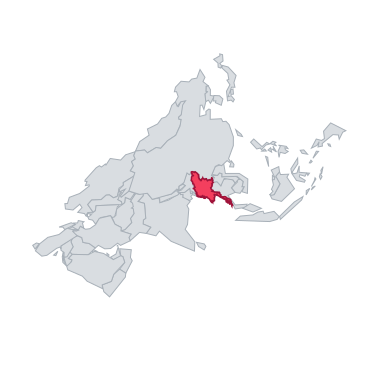 Myanmar highlighted on a map of Asia, rotated 312°
{"feature_id": "MMR", "entity_name": "Myanmar", "entity_type": "country or territory", "adm_level": 0, "iso_a3": "MMR", "parent_name": "Asia", "parent_adm1": "", "projection": "albers", "projection_center": [96.922, 19.196], "detail": "fine", "context": "in_parent", "style": "filled", "palette": "rose", "viewbox_px": 384, "rotation_deg": 312, "n_neighbors": 45, "source": "natural_earth", "source_scale": "50m", "svg_char_len": 18287}
<svg xmlns="http://www.w3.org/2000/svg" viewBox="0 0 384 384"><g transform="rotate(312 192 192)"><path d="M183.7,122.7L180.1,124.4L178.5,127.8L174.2,126.7L172.2,131.0L166.5,132.0L168.1,136.6L166.5,138.6L153.0,134.6L151.1,136.5L145.9,135.2L139.3,139.5L135.1,137.5L134.6,132.6L132.2,130.3L125.6,129.6L118.9,122.8L112.9,122.9L110.8,132.1L107.2,128.5L103.4,129.0L104.0,126.5L100.4,120.7L106.8,120.7L107.8,116.8L99.0,115.6L94.7,109.3L98.3,105.3L100.1,107.2L105.9,104.4L115.7,109.5L127.7,111.7L128.5,110.8L125.4,108.5L129.5,107.0L128.3,105.2L129.4,104.6L145.9,104.6L149.6,105.6L150.0,108.0L154.9,108.9L154.5,110.0L162.2,108.8L168.0,117.6L175.3,117.8L183.7,122.7Z" fill="#d9dde1" stroke="#a8b0b8" stroke-width="1"/><path d="M110.8,132.1L112.9,122.9L118.9,122.8L125.6,129.6L132.2,130.3L134.6,132.6L135.1,137.5L138.5,139.4L145.3,136.2L143.7,138.0L149.5,140.5L146.3,142.0L143.7,141.4L144.1,139.5L140.9,139.6L138.6,142.5L136.7,142.0L137.7,146.0L135.9,148.5L117.7,129.9L113.4,132.7L110.8,132.1Z" fill="#d9dde1" stroke="#a8b0b8" stroke-width="1"/><path d="M336.1,248.8L340.5,265.3L337.3,264.0L329.7,266.1L332.3,262.6L328.9,258.3L315.1,256.3L313.4,258.2L309.8,255.5L314.5,252.8L310.2,253.7L304.5,251.4L314.5,248.9L317.0,253.8L320.3,254.7L325.2,249.1L336.1,248.8ZM291.5,275.0L290.4,278.4L287.4,279.1L288.6,276.4L291.5,275.0ZM318.6,264.6L317.9,262.7L318.7,260.7L319.8,262.5L318.6,264.6ZM265.6,243.5L264.2,246.1L269.9,251.9L266.5,252.6L263.0,266.0L244.9,264.8L240.4,256.1L242.2,251.6L245.0,254.8L254.5,252.7L256.9,251.9L259.7,243.7L265.6,243.5ZM298.0,259.3L305.5,257.1L306.9,258.9L298.0,259.3ZM295.1,260.9L292.9,260.7L292.2,259.7L295.2,259.1L295.1,260.9ZM295.4,244.5L298.1,246.9L297.4,252.6L294.4,247.9L295.4,244.5ZM275.3,250.0L287.9,247.8L283.9,251.7L273.6,253.2L273.5,255.3L276.4,257.3L283.2,254.2L278.3,258.4L284.6,266.7L281.8,267.0L282.9,264.6L279.3,265.4L277.0,260.5L275.1,261.6L276.4,268.4L274.5,269.0L270.5,261.9L272.6,253.6L275.3,250.0ZM279.0,279.6L273.3,279.3L276.1,278.4L279.0,279.6ZM276.0,277.0L282.3,275.3L284.9,273.9L284.6,275.4L276.0,277.0ZM269.5,276.0L273.5,277.1L266.2,278.8L269.5,276.0ZM232.7,273.4L253.0,274.7L262.9,277.5L259.4,278.8L230.7,276.0L232.7,273.4ZM224.2,260.0L232.5,265.9L232.0,273.3L228.6,273.6L222.0,269.5L200.1,243.4L206.4,244.0L215.7,252.6L221.2,254.4L225.3,257.7L224.2,260.0Z" fill="#d9dde1" stroke="#a8b0b8" stroke-width="1"/><path d="M292.1,276.2L294.3,273.3L298.5,272.5L292.1,276.2Z" fill="#d9dde1" stroke="#a8b0b8" stroke-width="1"/><path d="M58.8,139.1L55.5,142.1L53.1,148.2L53.3,143.1L57.0,139.0L58.8,139.1Z" fill="#d9dde1" stroke="#a8b0b8" stroke-width="1"/><path d="M61.5,137.4L57.0,139.0L61.5,136.2L61.5,137.4Z" fill="#d9dde1" stroke="#a8b0b8" stroke-width="1"/><path d="M57.3,141.2L54.9,143.4L56.6,140.5L57.3,141.2Z" fill="#d9dde1" stroke="#a8b0b8" stroke-width="1"/><path d="M57.3,141.2L65.7,141.3L65.6,144.8L59.9,144.7L61.3,148.2L55.5,150.0L53.1,148.2L57.3,141.2Z" fill="#d9dde1" stroke="#a8b0b8" stroke-width="1"/><path d="M89.0,175.1L95.0,177.0L101.6,174.0L96.4,182.1L89.1,178.8L89.0,175.1Z" fill="#d9dde1" stroke="#a8b0b8" stroke-width="1"/><path d="M87.4,173.2L87.8,171.2L89.6,169.8L89.7,172.5L87.4,173.2Z" fill="#d9dde1" stroke="#a8b0b8" stroke-width="1"/><path d="M82.9,156.4L84.4,161.2L80.4,158.5L82.9,156.4Z" fill="#d9dde1" stroke="#a8b0b8" stroke-width="1"/><path d="M65.6,144.8L65.7,141.3L71.7,140.3L74.0,135.4L78.3,133.9L82.6,135.9L84.4,140.6L81.6,144.7L84.9,150.0L85.8,157.6L76.0,156.9L65.6,144.8Z" fill="#d9dde1" stroke="#a8b0b8" stroke-width="1"/><path d="M97.0,181.7L101.5,176.3L108.5,185.5L102.1,190.1L100.9,193.6L87.4,197.1L86.2,189.9L94.7,189.1L97.7,183.9L97.0,181.7ZM102.6,172.5L101.4,172.9L102.3,172.2L102.6,172.5Z" fill="#d9dde1" stroke="#a8b0b8" stroke-width="1"/><path d="M220.5,224.3L221.4,218.5L229.9,219.1L231.0,217.1L234.2,219.8L234.1,223.2L229.5,225.7L230.9,227.3L223.2,228.6L220.5,224.3Z" fill="#d9dde1" stroke="#a8b0b8" stroke-width="1"/><path d="M227.5,218.1L221.4,218.5L220.5,224.3L213.5,221.0L211.3,232.8L219.8,241.1L217.0,242.6L208.3,235.4L212.2,225.3L208.2,216.2L210.1,213.2L206.0,206.7L208.3,203.1L213.2,201.0L216.4,203.7L215.9,209.3L221.6,206.8L225.8,209.2L228.4,214.3L227.5,218.1Z" fill="#d9dde1" stroke="#a8b0b8" stroke-width="1"/><path d="M233.5,218.0L227.5,218.1L228.4,214.3L223.6,206.9L215.9,209.3L216.4,203.7L213.2,201.0L217.6,198.8L217.1,195.5L221.3,199.8L224.6,199.7L225.7,202.1L223.3,204.0L233.0,213.1L233.5,218.0Z" fill="#d9dde1" stroke="#a8b0b8" stroke-width="1"/><path d="M225.6,228.9L230.9,227.3L229.5,225.7L234.1,223.2L233.8,215.1L223.3,204.0L225.7,202.1L224.6,199.7L221.3,199.8L218.5,195.0L226.6,192.2L234.0,196.9L228.1,204.4L237.4,214.7L239.0,224.8L228.1,234.1L225.6,228.9Z" fill="#d9dde1" stroke="#a8b0b8" stroke-width="1"/><path d="M281.8,132.9L280.4,137.2L276.0,141.0L278.2,144.4L270.2,146.4L271.2,142.8L268.4,141.8L270.0,139.8L273.5,135.9L276.7,136.3L276.1,135.0L280.0,131.7L281.8,132.9Z" fill="#d9dde1" stroke="#a8b0b8" stroke-width="1"/><path d="M273.7,146.8L278.4,143.7L281.9,148.0L281.8,152.7L276.0,155.7L274.0,149.6L275.7,148.8L273.7,146.8Z" fill="#d9dde1" stroke="#a8b0b8" stroke-width="1"/><path d="M184.6,122.6L194.5,119.4L205.5,122.1L209.0,116.7L219.5,120.9L226.5,120.2L230.2,122.3L235.0,122.3L242.8,119.0L248.0,119.3L246.5,124.7L251.5,123.3L255.6,125.3L242.1,132.4L238.5,132.0L237.4,133.7L238.7,135.4L235.6,137.9L223.3,142.0L213.8,139.5L203.5,139.5L201.1,135.6L191.3,132.7L191.5,128.7L184.6,122.6Z" fill="#d9dde1" stroke="#a8b0b8" stroke-width="1"/><path d="M205.8,178.8L205.3,182.1L200.2,183.6L193.6,196.3L192.4,191.8L191.2,193.6L189.8,192.0L193.1,188.0L186.8,186.9L183.5,183.4L182.5,185.3L184.3,186.9L182.0,188.9L183.5,189.7L183.7,197.0L178.6,197.3L177.2,201.0L164.9,210.4L159.7,211.9L156.9,227.4L149.7,233.4L141.4,209.5L141.1,194.0L135.3,194.5L130.6,185.7L138.2,184.9L135.5,177.1L138.7,174.6L141.5,175.2L151.7,164.3L148.8,158.2L156.4,158.2L159.0,156.2L161.2,159.7L160.0,167.4L165.5,171.6L162.6,175.3L170.3,180.0L182.2,183.5L184.1,178.8L184.3,181.6L186.5,182.8L192.3,182.7L191.6,180.0L202.8,175.5L203.1,178.4L205.8,178.8Z" fill="#d9dde1" stroke="#a8b0b8" stroke-width="1"/><path d="M192.4,191.8L192.7,200.2L190.4,194.2L188.0,194.0L187.3,196.7L184.1,196.0L182.0,188.9L184.3,186.9L182.5,185.3L183.5,183.4L186.8,186.9L193.1,188.0L189.8,192.0L191.2,193.6L192.4,191.8Z" fill="#d9dde1" stroke="#a8b0b8" stroke-width="1"/><path d="M191.6,180.0L192.3,182.7L184.3,181.6L187.4,178.4L191.6,180.0Z" fill="#d9dde1" stroke="#a8b0b8" stroke-width="1"/><path d="M182.6,179.3L182.2,183.5L180.1,183.4L162.6,175.3L166.6,171.1L176.8,178.1L182.6,179.3Z" fill="#d9dde1" stroke="#a8b0b8" stroke-width="1"/><path d="M159.0,156.2L156.4,158.2L148.8,158.2L151.7,164.3L141.5,175.2L138.7,174.6L135.5,177.1L138.2,184.9L130.6,185.7L126.8,180.0L114.4,178.7L116.0,175.6L119.9,174.9L115.5,165.2L119.4,167.4L129.0,167.6L131.1,164.0L137.1,163.3L145.1,151.7L153.1,151.1L155.2,154.7L159.0,156.2Z" fill="#d9dde1" stroke="#a8b0b8" stroke-width="1"/><path d="M128.7,147.3L139.1,149.0L143.4,146.0L145.2,151.1L148.8,149.5L153.1,151.1L143.6,152.6L144.0,155.2L141.8,158.2L139.5,157.7L140.2,159.7L137.1,163.3L131.1,164.0L129.0,167.6L119.4,167.4L115.5,165.2L118.3,163.2L116.5,156.4L119.6,149.6L123.7,151.1L128.7,147.3Z" fill="#d9dde1" stroke="#a8b0b8" stroke-width="1"/><path d="M135.9,148.5L137.7,146.0L136.7,142.0L144.1,139.5L144.6,141.5L140.7,142.8L150.5,144.5L152.8,150.2L145.2,151.1L143.4,146.0L139.1,149.0L135.9,148.5Z" fill="#d9dde1" stroke="#a8b0b8" stroke-width="1"/><path d="M145.3,136.2L151.1,136.5L153.0,134.6L166.5,138.6L150.5,144.5L140.7,142.8L141.2,141.4L149.5,140.5L143.7,138.0L145.3,136.2Z" fill="#d9dde1" stroke="#a8b0b8" stroke-width="1"/><path d="M103.4,129.0L107.2,128.5L109.7,132.0L113.4,132.7L117.7,129.9L133.3,145.8L132.9,147.4L131.3,146.3L121.8,151.1L119.6,149.6L119.9,147.3L112.0,141.3L103.6,141.6L104.6,137.0L102.7,133.6L103.7,131.5L107.8,132.4L106.3,128.8L103.6,130.8L103.4,129.0Z" fill="#d9dde1" stroke="#a8b0b8" stroke-width="1"/><path d="M85.8,157.6L84.9,150.0L81.6,144.7L84.4,140.6L82.0,133.4L82.9,129.6L86.9,132.8L91.9,131.9L93.0,137.7L96.3,140.6L103.2,142.2L110.4,140.7L119.9,147.3L116.5,156.4L118.3,163.2L115.5,165.2L119.9,174.9L116.0,175.6L114.4,178.7L104.5,174.6L104.2,171.0L95.5,169.3L91.4,165.2L89.7,158.1L85.8,157.6Z" fill="#d9dde1" stroke="#a8b0b8" stroke-width="1"/><path d="M58.0,140.5L61.5,137.4L61.0,133.7L64.2,130.7L77.2,134.0L74.0,135.4L71.7,140.3L60.2,142.5L58.0,140.5Z" fill="#d9dde1" stroke="#a8b0b8" stroke-width="1"/><path d="M87.8,132.9L82.5,127.2L83.0,125.1L87.2,127.1L87.8,132.9Z" fill="#d9dde1" stroke="#a8b0b8" stroke-width="1"/><path d="M82.6,135.9L64.2,130.7L61.9,132.8L62.7,130.7L59.6,129.1L47.8,126.5L43.8,123.3L43.5,115.0L51.9,113.5L61.8,115.2L71.4,121.6L81.3,123.2L84.7,129.4L82.9,129.6L82.6,135.9ZM45.8,109.3L50.0,110.5L51.4,113.1L44.6,113.5L45.8,109.3Z" fill="#d9dde1" stroke="#a8b0b8" stroke-width="1"/><path d="M161.6,235.8L160.9,238.7L157.1,239.8L155.9,233.4L157.6,229.0L161.6,235.8Z" fill="#d9dde1" stroke="#a8b0b8" stroke-width="1"/><path d="M238.4,206.2L235.9,203.1L241.5,200.6L240.6,204.7L238.4,206.2ZM150.5,144.5L168.1,136.6L166.5,132.0L172.2,131.0L174.2,126.7L178.5,127.8L180.1,124.4L184.6,122.6L191.5,128.7L191.3,132.7L201.1,135.6L203.5,139.5L213.8,139.5L223.3,142.0L233.0,139.0L238.7,135.4L237.4,133.7L238.5,132.0L242.1,132.4L250.5,126.8L255.5,126.2L251.5,123.3L245.8,123.7L248.0,119.3L253.6,118.0L256.2,113.4L254.7,111.8L258.9,109.6L267.0,109.8L271.8,116.1L275.7,116.2L279.9,119.4L288.4,116.0L285.9,124.9L281.4,126.3L281.8,132.9L280.0,131.7L276.1,135.0L276.7,136.3L273.5,135.9L268.4,141.8L261.3,145.6L263.3,141.3L261.9,140.1L253.2,147.1L258.8,150.7L261.2,148.4L264.9,149.0L265.5,150.4L258.2,156.9L266.1,164.8L264.9,167.8L267.3,169.9L266.9,174.5L260.6,185.9L254.1,191.7L241.2,196.9L240.5,199.9L239.1,200.2L238.8,197.1L231.3,196.4L230.3,193.6L226.6,192.2L217.1,195.5L217.6,198.8L210.8,196.2L211.6,193.8L209.3,190.7L206.5,191.2L209.2,180.9L207.3,178.6L203.1,178.4L202.8,175.5L193.6,179.7L187.4,178.4L184.2,181.0L184.1,178.8L176.8,178.1L160.0,167.4L161.2,159.7L155.2,154.7L150.5,144.5Z" fill="#d9dde1" stroke="#a8b0b8" stroke-width="1"/><path d="M267.6,182.8L267.8,190.0L267.0,192.4L264.7,188.2L267.6,182.8Z" fill="#d9dde1" stroke="#a8b0b8" stroke-width="1"/><path d="M89.9,125.0L92.5,127.7L94.7,126.6L97.6,131.6L95.7,131.3L92.8,135.6L91.9,131.9L87.8,132.9L86.6,129.4L86.2,125.6L89.5,127.1L89.9,125.0ZM86.9,132.8L85.5,132.0L84.7,129.4L86.6,130.6L86.9,132.8Z" fill="#d9dde1" stroke="#a8b0b8" stroke-width="1"/><path d="M77.0,116.7L88.3,122.8L89.9,126.9L78.9,122.5L79.6,119.7L77.0,116.7Z" fill="#d9dde1" stroke="#a8b0b8" stroke-width="1"/><path d="M272.2,219.8L269.1,216.6L272.6,217.3L272.2,219.8ZM278.3,228.0L277.4,222.8L278.7,224.4L280.3,221.4L278.3,228.0ZM284.7,224.9L289.0,231.5L288.5,234.2L287.0,231.5L285.9,233.1L286.5,236.4L282.9,235.4L280.5,231.0L276.0,233.5L279.8,228.7L285.2,227.0L284.7,224.9ZM268.5,225.0L262.2,232.0L267.7,222.8L268.5,225.0ZM272.7,202.4L272.6,213.7L278.9,214.3L279.8,217.7L276.2,215.4L269.8,215.4L270.5,213.4L267.3,211.3L268.2,202.2L272.7,202.4ZM274.9,224.5L274.0,220.4L277.5,220.8L274.9,224.5ZM283.8,218.2L285.1,221.1L282.9,220.8L282.8,224.1L280.3,217.6L283.8,218.2Z" fill="#d9dde1" stroke="#a8b0b8" stroke-width="1"/><path d="M213.8,240.6L222.2,243.0L226.3,254.5L217.9,250.7L213.8,240.6ZM265.6,243.5L259.7,243.7L256.9,251.9L245.0,254.8L242.8,253.4L242.2,251.6L246.7,251.7L247.1,249.3L251.7,247.8L254.8,243.6L258.2,243.8L261.3,236.2L268.9,239.5L265.6,243.5Z" fill="#d9dde1" stroke="#a8b0b8" stroke-width="1"/><path d="M258.2,240.6L258.2,243.8L256.3,244.9L254.8,243.6L258.2,240.6Z" fill="#d9dde1" stroke="#a8b0b8" stroke-width="1"/><path d="M309.1,135.3L308.1,146.8L301.3,150.0L298.6,153.8L296.3,151.2L287.0,155.1L289.8,156.6L289.1,161.6L286.4,162.2L286.5,159.6L283.5,157.4L290.0,150.2L297.1,148.4L298.5,143.1L300.3,144.0L304.1,139.2L304.2,131.1L306.5,130.0L309.1,135.3ZM311.9,121.6L313.2,120.2L314.5,122.8L310.1,127.4L306.2,126.6L305.7,129.7L303.2,130.3L302.3,127.9L305.2,125.0L305.1,119.3L311.9,121.6ZM290.5,155.6L293.6,152.4L296.0,153.5L292.5,157.3L290.5,155.6Z" fill="#d9dde1" stroke="#a8b0b8" stroke-width="1"/><path d="M86.2,189.9L87.4,197.1L84.2,199.4L58.9,200.9L58.9,193.2L62.9,187.4L71.7,191.9L78.5,188.9L86.2,189.9Z" fill="#d9dde1" stroke="#a8b0b8" stroke-width="1"/><path d="M53.0,148.6L59.6,149.1L61.3,148.2L59.9,144.7L65.6,144.8L76.0,156.9L82.5,159.3L87.2,167.5L89.1,178.8L97.0,181.7L97.7,183.9L94.7,189.1L78.5,188.9L71.7,191.9L62.9,187.4L60.3,190.2L55.5,173.8L56.1,166.8L51.0,151.8L53.0,148.6Z" fill="#d9dde1" stroke="#a8b0b8" stroke-width="1"/><path d="M58.2,131.9L53.6,133.4L52.5,131.4L58.2,131.9Z" fill="#d9dde1" stroke="#a8b0b8" stroke-width="1"/><path d="M213.2,201.3L212.8,201.0L212.6,201.0L212.2,201.3L211.5,201.2L211.6,201.7L211.6,201.8L211.2,202.0L210.8,201.9L210.5,202.0L210.3,202.1L210.2,202.7L210.1,202.9L209.6,202.9L208.6,203.2L208.3,203.2L207.9,203.0L207.7,203.0L207.6,203.3L207.1,203.8L207.1,204.8L206.9,205.1L206.9,205.3L207.0,206.3L206.4,206.6L206.0,206.5L206.2,207.0L206.4,207.2L206.7,207.2L206.6,207.3L207.0,208.2L206.9,208.6L208.4,210.4L208.9,210.9L209.0,211.1L209.0,211.6L209.5,212.7L209.6,212.8L210.0,212.5L210.0,213.0L209.9,213.2L209.3,213.5L209.2,214.3L209.2,215.5L208.9,215.5L208.2,216.0L208.3,216.6L208.4,217.1L209.3,218.4L210.3,219.2L210.9,220.2L211.0,221.5L210.8,221.9L210.9,222.1L211.0,222.3L211.1,222.9L211.7,223.5L211.8,224.5L212.0,224.8L212.3,225.6L212.2,225.9L211.9,226.1L211.1,227.6L209.9,228.8L209.9,229.5L209.8,230.2L209.6,230.2L209.4,230.6L209.2,230.2L209.3,229.7L209.1,228.8L209.3,228.6L209.7,227.9L209.7,227.5L209.9,227.2L209.8,226.2L210.0,226.0L210.2,225.8L210.0,225.7L209.7,225.8L209.6,225.3L209.7,225.2L209.6,224.7L209.7,224.4L209.4,224.4L209.5,224.2L209.5,223.8L209.6,223.5L209.6,223.2L209.3,221.8L209.1,221.4L208.9,220.8L208.4,220.1L208.4,219.6L208.3,219.4L208.1,220.4L208.0,220.2L207.9,219.4L208.0,218.9L207.7,218.4L207.5,217.5L207.5,217.4L207.8,217.5L207.5,217.2L207.4,217.3L207.2,216.9L207.2,216.0L207.0,215.7L207.1,215.3L206.9,214.1L206.6,213.6L206.7,213.0L206.7,212.4L206.9,212.1L206.7,212.2L206.0,212.2L205.9,211.8L205.7,211.6L205.5,211.2L205.5,210.7L204.6,209.7L204.7,210.0L204.6,210.3L204.7,210.8L204.3,211.7L204.0,212.1L203.4,212.3L203.3,212.2L203.0,212.0L202.9,211.5L202.9,212.1L203.1,212.4L202.6,212.7L202.4,212.7L202.3,213.0L201.6,213.2L201.4,213.8L201.0,214.2L200.6,214.5L200.4,214.4L200.4,214.0L200.5,213.7L200.5,213.4L200.4,213.6L200.0,214.2L199.4,214.2L199.2,213.7L199.3,213.2L199.1,213.6L199.0,213.8L198.6,213.9L198.6,213.5L198.8,212.5L198.8,212.2L198.6,212.7L198.4,212.8L198.0,213.4L197.6,213.6L197.4,213.6L197.4,213.3L197.6,212.2L197.8,211.8L197.9,211.2L198.1,210.9L198.2,210.4L198.4,209.9L198.5,209.2L198.4,208.8L198.2,208.5L198.1,207.4L197.7,206.5L197.6,206.2L197.4,205.8L197.6,205.8L197.2,205.5L197.2,205.4L197.1,204.3L197.0,204.6L196.8,204.7L196.9,205.1L196.8,205.4L196.2,205.0L195.6,204.0L195.9,203.9L196.3,204.3L196.5,204.4L196.9,204.1L197.0,203.8L196.6,203.5L196.4,203.3L196.3,203.1L196.0,202.8L196.2,202.5L195.9,202.5L195.5,202.1L195.0,202.0L194.8,202.1L194.9,202.5L194.7,202.6L194.4,202.0L194.6,201.7L194.4,201.6L194.6,201.1L194.4,201.3L194.1,201.7L193.8,201.6L194.1,201.2L193.7,200.5L193.7,200.9L193.7,201.3L193.4,200.8L192.8,200.1L192.6,199.9L192.5,199.1L192.4,198.9L192.3,198.4L192.6,198.1L193.2,198.4L193.3,198.5L193.5,198.4L193.4,198.0L193.4,196.5L193.5,196.4L193.7,196.1L193.9,196.2L194.1,196.4L194.3,196.5L194.6,195.9L194.9,195.8L194.9,195.4L194.7,194.4L195.0,193.9L195.0,193.5L195.4,193.5L195.5,193.4L195.6,192.7L195.7,191.7L195.4,190.7L195.5,190.6L195.9,190.9L196.4,190.8L197.4,191.2L197.5,191.2L198.0,189.9L198.7,188.7L199.1,187.9L199.0,187.6L198.7,187.4L198.8,187.1L199.0,186.7L199.3,186.5L199.7,186.0L199.8,185.8L199.9,185.4L200.2,185.1L200.0,184.6L200.0,184.2L200.0,183.8L200.2,183.5L201.1,183.0L202.2,182.2L202.6,181.8L202.9,181.6L204.3,181.4L204.5,181.5L204.7,181.9L204.8,182.0L205.1,182.1L205.2,181.9L204.7,181.1L204.7,180.7L204.9,180.4L205.5,179.9L205.8,179.7L205.7,179.3L205.8,178.9L206.3,178.1L206.6,178.1L206.9,178.5L207.2,178.5L207.7,179.1L207.8,179.6L208.2,180.8L208.4,180.8L208.5,180.5L209.1,180.7L209.4,183.2L209.2,184.3L209.3,184.6L209.2,184.8L209.0,185.0L209.2,185.4L209.2,185.6L208.7,185.8L208.4,186.4L208.0,186.3L207.9,186.4L207.8,186.8L207.6,187.2L207.3,187.4L207.1,187.3L206.8,187.9L206.9,188.4L206.5,188.7L206.3,189.1L206.3,189.5L206.7,189.8L206.8,190.2L206.8,190.5L206.4,190.9L206.4,191.1L206.7,191.2L207.6,190.7L208.1,190.6L208.8,190.5L209.1,190.7L209.7,190.5L209.4,191.0L209.3,191.3L209.6,191.6L209.7,191.9L209.6,192.2L209.9,192.6L209.8,193.2L210.3,193.3L211.3,193.5L211.5,193.8L211.2,194.2L211.1,194.6L211.1,195.1L210.7,195.7L210.7,196.0L211.8,196.3L212.6,196.4L212.7,196.5L212.6,197.0L212.8,197.4L213.1,197.5L213.1,197.8L213.4,198.0L213.8,197.9L214.3,198.0L214.6,197.9L215.0,197.4L215.7,197.1L215.8,197.2L215.9,197.6L215.7,198.0L215.3,198.3L215.0,198.4L214.9,198.4L214.5,199.2L214.3,199.4L214.3,199.6L214.5,199.7L214.4,199.8L214.0,199.8L213.7,199.9L213.5,200.1L213.4,200.5L213.2,201.3ZM196.2,203.5L196.8,203.9L196.7,204.1L196.3,204.1L196.3,203.9L196.0,203.6L196.2,203.5ZM208.9,223.4L209.1,223.4L209.0,223.7L208.8,224.1L208.6,224.1L208.7,223.6L208.6,223.3L208.6,223.1L208.9,223.2L208.9,223.4ZM196.1,206.0L195.8,205.7L195.6,205.4L195.9,205.4L196.3,205.5L196.2,205.9L196.1,206.0ZM209.3,225.8L209.2,226.4L208.8,225.6L209.2,225.6L209.3,225.8ZM198.1,213.8L197.9,214.1L197.9,213.7L198.5,213.1L198.5,213.3L198.4,213.6L198.1,213.8ZM206.5,213.0L206.4,213.0L206.3,212.8L206.2,212.4L206.4,212.3L206.5,212.3L206.6,212.5L206.5,213.0ZM208.6,226.2L208.4,226.6L208.3,226.3L208.6,225.7L208.6,226.2ZM208.4,228.0L208.6,228.5L208.2,228.2L208.3,227.9L208.4,228.0ZM209.5,225.2L209.1,225.3L209.1,224.8L209.2,225.0L209.5,225.2ZM208.6,230.7L208.1,231.1L208.2,230.8L208.4,230.6L208.6,230.6L208.6,230.7ZM194.3,202.0L194.4,202.7L194.1,202.2L194.1,201.9L194.3,202.0ZM208.6,221.9L208.6,222.4L208.5,222.2L208.5,221.7L208.6,221.9ZM195.7,202.5L195.7,202.9L195.5,202.7L195.5,202.3L195.7,202.5ZM208.1,224.6L207.9,224.4L208.0,224.2L208.1,224.3L208.1,224.6ZM207.9,224.0L207.8,224.3L207.6,224.1L207.7,223.9L207.9,224.0ZM208.0,225.8L208.0,226.1L207.8,225.9L207.8,225.5L208.0,225.8ZM199.1,214.0L199.0,214.3L198.8,214.2L199.1,213.9L199.1,214.0ZM209.3,228.0L209.1,227.9L209.3,227.6L209.3,228.0Z" fill="#f43f5e" stroke="#9f1239" stroke-width="1.5"/></g></svg>